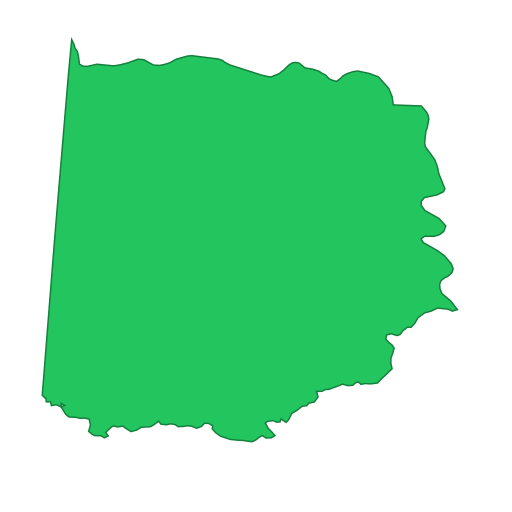 outline of Colorado do Oeste, Rondônia, Brazil, rotated 96°
{"feature_id": "56859067B47546071295151", "entity_name": "Colorado do Oeste", "entity_type": "district", "adm_level": 2, "iso_a3": "BRA", "parent_name": "Brazil", "parent_adm1": "Rondônia", "projection": "robinson", "projection_center": [-60.514, -13.137], "detail": "fine", "context": "isolated", "style": "filled", "palette": "green", "viewbox_px": 512, "rotation_deg": 96, "n_neighbors": 0, "source": "geoboundaries", "source_scale": "gbopen_adm2", "svg_char_len": 2719}
<svg xmlns="http://www.w3.org/2000/svg" viewBox="0 0 512 512"><g transform="rotate(96 256 256)"><path d="M416.9,454.0L419.9,450.0L423.0,449.3L422.4,445.1L426.2,443.9L424.8,439.2L426.4,434.0L429.7,431.5L433.4,428.6L435.6,425.3L435.3,417.8L435.8,414.0L435.1,409.7L435.6,404.9L441.5,403.0L447.9,404.1L450.3,400.5L451.5,397.5L451.0,391.5L452.7,387.7L450.3,384.2L447.3,387.1L441.6,382.3L439.8,380.0L440.5,375.7L439.1,370.9L440.7,368.0L443.7,362.0L441.6,356.5L438.3,352.2L436.8,343.0L434.2,339.6L430.5,335.5L433.2,332.9L433.2,327.5L431.8,323.2L432.1,318.8L433.8,315.8L433.2,310.7L432.1,307.1L432.0,302.2L433.5,297.0L431.2,292.3L427.6,289.7L427.5,285.3L429.5,281.2L432.5,281.5L435.9,277.7L438.9,272.5L440.2,266.6L441.1,262.3L441.1,255.6L440.8,249.5L441.0,245.6L441.1,240.3L439.0,237.0L436.2,234.2L433.9,231.0L436.0,226.9L435.1,221.6L432.6,218.4L429.4,221.8L426.4,225.6L423.5,227.6L421.2,229.4L419.2,227.1L417.9,221.5L419.1,218.2L418.5,214.8L415.5,214.1L418.3,208.6L415.3,206.4L408.8,203.9L405.4,199.3L402.8,196.7L400.5,194.2L399.6,190.0L396.8,188.0L395.1,182.7L389.7,179.6L384.3,181.6L383.7,176.3L381.6,173.2L381.0,169.6L376.0,159.5L374.4,156.7L375.3,151.3L374.5,146.2L371.8,143.9L370.5,141.0L372.7,138.2L371.5,134.5L371.2,128.6L369.6,121.9L366.4,119.5L359.4,113.5L353.9,108.9L348.5,110.7L343.1,111.1L338.8,109.9L333.2,109.0L330.6,111.1L327.8,115.1L325.1,118.2L320.8,117.8L319.2,113.2L320.4,107.5L319.0,104.4L315.1,102.2L310.9,97.9L310.8,94.5L306.3,91.0L300.5,88.5L294.8,82.2L292.7,76.4L288.8,69.9L288.8,59.4L290.3,55.0L288.3,50.1L280.4,57.6L273.9,67.2L269.4,69.6L265.0,70.4L261.1,69.4L257.9,66.0L256.2,63.1L251.9,59.3L248.0,58.6L243.3,61.0L236.0,68.7L231.7,76.0L225.2,91.0L221.7,93.7L218.7,90.3L217.8,80.9L215.8,76.1L212.1,71.9L206.3,70.4L199.6,77.8L193.2,92.7L188.6,96.8L184.5,97.4L180.3,94.6L176.3,82.3L172.5,76.2L169.4,75.2L154.9,82.8L148.1,85.0L141.5,88.3L136.3,92.9L129.5,99.1L125.9,100.1L114.4,100.1L110.4,99.1L102.0,98.4L97.8,99.6L95.1,101.5L89.5,107.2L91.4,135.3L83.5,137.2L75.4,141.5L71.0,146.4L65.0,153.1L62.6,162.6L61.4,174.1L62.5,178.7L65.2,184.7L68.0,188.6L70.5,190.4L73.9,194.2L73.3,198.3L72.2,201.7L68.8,205.6L67.3,209.6L65.6,212.8L64.3,219.1L63.8,226.9L59.7,233.1L59.3,236.7L60.0,239.9L62.5,243.1L68.4,248.1L72.2,252.0L76.3,259.7L76.3,263.2L75.5,269.5L68.7,302.1L66.8,306.9L65.0,309.9L64.0,314.1L63.7,330.3L63.5,340.6L64.3,345.0L68.5,355.7L73.0,362.2L75.3,367.7L76.6,372.3L76.8,377.9L72.5,388.1L72.6,394.0L77.2,403.3L79.9,410.6L81.0,414.2L81.8,417.8L81.9,434.2L85.1,443.7L85.3,447.8L83.7,451.6L75.3,453.6L71.2,455.2L68.2,457.7L64.6,459.1L60.1,461.9L96.3,461.5L234.8,458.6L269.7,457.8L416.9,454.0ZM426.4,434.0L422.9,434.4L424.6,430.6L426.4,434.0Z" fill="#22c55e" stroke="#15803d" stroke-width="1.5"/></g></svg>